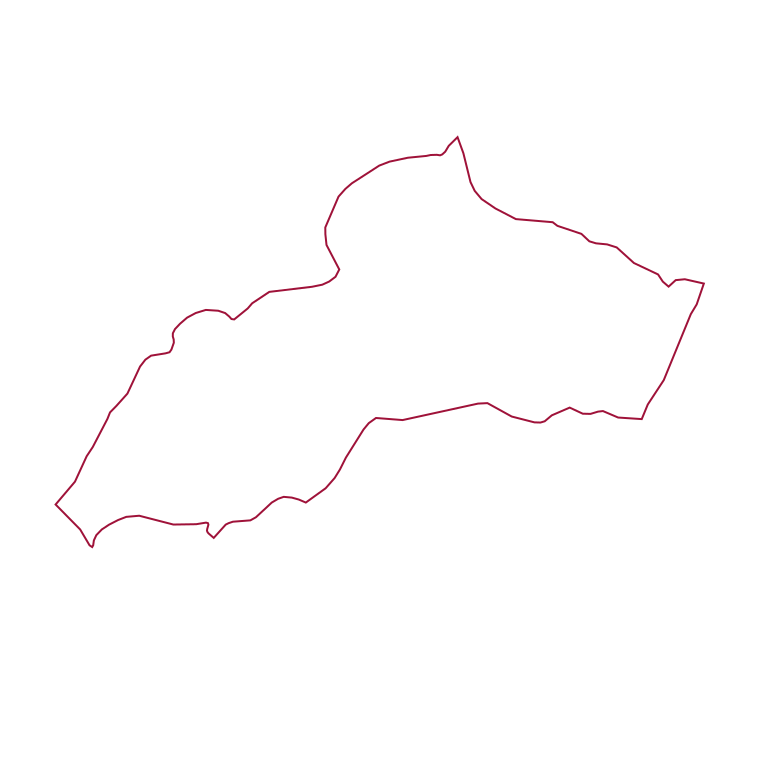 the Province of Panjshir, rotated 201°
{"feature_id": "AFG-1769", "entity_name": "Panjshir", "entity_type": "Province", "adm_level": 1, "iso_a3": "AFG", "parent_name": "Afghanistan", "parent_adm1": "", "projection": "natural_earth1", "projection_center": [69.851, 35.487], "detail": "fine", "context": "isolated", "style": "outline", "palette": "rose", "viewbox_px": 768, "rotation_deg": 201, "n_neighbors": 0, "source": "natural_earth", "source_scale": "10m", "svg_char_len": 1750}
<svg xmlns="http://www.w3.org/2000/svg" viewBox="0 0 768 768"><g transform="rotate(201 384 384)"><path d="M598.0,127.2L601.1,127.9L615.5,139.3L647.4,153.8L637.5,182.1L635.7,210.0L633.3,220.8L629.7,252.3L629.6,259.3L626.0,267.6L620.1,283.1L618.0,312.9L615.5,321.2L611.6,327.0L599.0,334.3L595.6,336.8L594.8,340.0L595.0,347.2L596.3,350.2L598.2,352.7L599.3,355.7L598.8,360.4L596.0,367.2L591.6,375.4L585.2,382.8L576.9,389.3L565.0,393.0L557.7,393.3L552.6,391.5L549.7,390.0L547.0,390.6L538.3,405.7L536.0,412.1L524.1,428.9L486.0,449.0L477.2,454.6L471.9,460.0L467.7,466.7L466.8,474.9L487.5,493.2L492.4,502.8L494.9,509.1L493.6,542.7L489.9,552.5L485.9,559.9L466.7,586.2L458.5,593.6L442.8,603.8L426.2,612.1L422.5,614.5L416.8,616.9L413.6,617.6L411.9,619.2L410.1,622.8L408.9,629.6L403.8,640.8L392.6,627.9L375.6,603.5L368.5,596.8L359.1,591.6L342.9,587.8L320.0,585.2L284.5,595.5L278.8,593.8L253.5,594.9L243.4,590.8L236.5,591.3L225.7,594.3L215.7,594.9L194.0,586.5L167.4,584.5L160.4,579.5L153.2,576.9L148.9,585.5L140.7,589.6L121.4,592.4L120.6,570.4L122.6,559.2L124.2,487.9L130.4,459.4L130.8,443.6L153.4,436.6L169.9,437.2L174.3,434.9L180.5,430.1L187.8,427.5L202.2,428.5L216.1,414.9L220.6,406.8L224.1,404.1L229.8,402.1L253.1,399.4L280.6,403.2L289.2,399.4L353.7,357.0L379.3,349.4L384.2,342.0L386.8,334.2L393.2,301.6L394.5,288.4L396.4,278.5L401.1,265.8L414.5,245.3L422.2,245.6L429.4,244.9L437.2,242.7L441.7,238.9L446.3,233.1L455.8,213.7L459.9,208.8L475.7,201.3L479.2,198.4L481.4,196.0L487.8,179.3L494.4,181.7L495.7,182.5L496.7,183.6L497.1,185.4L497.5,189.7L498.5,191.0L500.5,190.8L509.1,185.8L530.3,177.3L565.3,173.3L577.0,167.6L583.5,161.7L590.3,154.1L595.3,147.1L598.4,139.8L598.8,134.0L597.7,129.2L598.0,127.2Z" fill="none" stroke="#9f1239" stroke-width="2"/></g></svg>